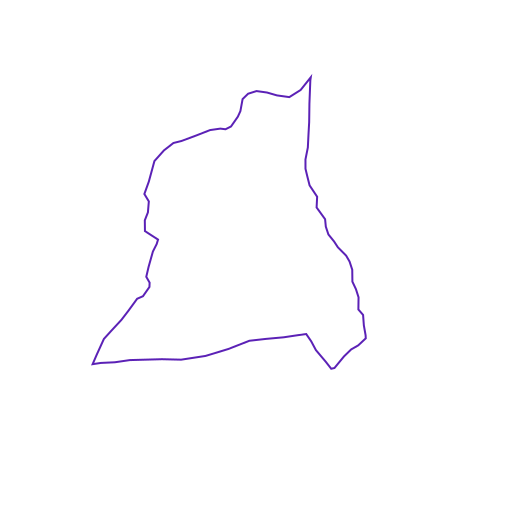 Robertsfors, Västerbotten, Sweden (Robinson projection), rotated 303°
{"feature_id": "70781695B17714148738486", "entity_name": "Robertsfors", "entity_type": "district", "adm_level": 2, "iso_a3": "SWE", "parent_name": "Sweden", "parent_adm1": "Västerbotten", "projection": "robinson", "projection_center": [20.776, 64.169], "detail": "fine", "context": "isolated", "style": "outline", "palette": "violet", "viewbox_px": 512, "rotation_deg": 303, "n_neighbors": 0, "source": "geoboundaries", "source_scale": "gbopen_adm2", "svg_char_len": 1229}
<svg xmlns="http://www.w3.org/2000/svg" viewBox="0 0 512 512"><g transform="rotate(303 256 256)"><path d="M76.3,177.9L81.8,184.1L90.0,195.5L100.0,206.9L118.2,233.3L128.3,249.7L144.7,268.1L163.0,283.5L181.3,296.6L191.9,309.5L202.9,323.5L212.1,333.9L217.9,340.6L214.5,348.8L209.7,357.5L205.3,372.1L202.4,380.5L204.8,382.8L219.8,384.5L229.5,386.7L236.7,390.4L246.7,392.9L249.2,391.1L256.6,384.2L264.9,377.9L266.9,371.0L277.2,364.5L282.6,357.9L287.0,350.8L296.9,344.2L302.3,337.5L305.4,331.4L307.9,319.9L310.7,313.6L313.5,305.0L318.6,298.6L324.5,293.9L329.7,280.4L339.0,275.0L344.4,262.5L350.7,255.7L356.1,250.0L363.9,244.9L375.2,240.4L386.9,233.6L397.2,227.7L412.9,217.8L432.9,205.9L435.7,204.6L419.5,203.0L407.4,197.4L402.1,186.1L399.1,176.2L394.6,166.6L387.8,161.0L380.3,159.3L369.0,164.0L363.0,164.9L351.0,164.5L345.7,161.4L343.4,156.7L336.6,148.9L324.6,140.3L311.8,130.8L305.8,125.2L294.5,121.3L280.3,119.1L260.0,125.6L247.2,128.6L243.4,136.4L233.7,141.6L225.4,143.3L216.4,149.3L216.4,157.1L216.4,164.9L211.9,166.2L203.6,167.1L188.5,171.8L178.8,175.3L175.7,181.3L172.0,183.5L160.7,183.1L155.4,179.6L140.4,178.8L129.1,177.9L114.1,175.3L103.6,173.6L86.3,176.2L76.3,177.9Z" fill="none" stroke="#5b21b6" stroke-width="2"/></g></svg>